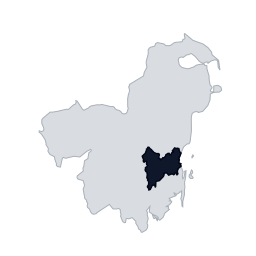 location of Anzoátegui within Venezuela, rotated 98°
{"feature_id": "VEN-40", "entity_name": "Anzoátegui", "entity_type": "State", "adm_level": 1, "iso_a3": "VEN", "parent_name": "Venezuela", "parent_adm1": "", "projection": "orthographic", "projection_center": [-64.438, 8.961], "detail": "fine", "context": "in_parent", "style": "filled", "palette": "ink", "viewbox_px": 256, "rotation_deg": 98, "n_neighbors": 0, "source": "natural_earth", "source_scale": "10m", "svg_char_len": 8218}
<svg xmlns="http://www.w3.org/2000/svg" viewBox="0 0 256 256"><g transform="rotate(98 128 128)"><path d="M226.6,95.9L229.4,99.6L229.2,100.5L227.5,101.4L226.5,103.5L224.3,104.4L221.3,107.0L219.3,107.2L216.2,111.5L217.9,114.7L217.6,116.4L218.3,117.2L221.9,117.3L222.3,118.1L221.8,119.5L221.2,120.4L216.3,123.1L214.0,122.9L213.0,123.7L209.9,124.3L209.0,125.9L209.8,128.1L210.2,131.6L206.3,135.8L216.1,146.9L217.2,147.5L218.2,150.1L217.9,151.6L216.2,153.4L213.7,154.8L212.2,157.1L210.7,157.6L208.0,157.4L206.7,158.7L205.0,159.2L203.9,160.9L194.8,163.9L190.9,163.0L186.3,165.1L185.6,170.4L184.2,171.6L182.5,171.6L176.8,166.3L174.0,167.1L172.1,166.4L166.5,166.5L163.9,163.5L158.0,163.3L155.8,161.3L154.8,161.3L154.4,161.9L156.6,165.3L163.4,171.7L163.5,177.5L166.7,185.6L166.1,188.1L168.0,188.9L176.1,189.5L176.0,192.4L175.0,193.7L173.3,193.9L169.2,196.1L166.7,196.8L165.1,201.5L163.7,202.8L162.2,204.0L159.4,204.0L155.7,207.0L154.4,207.0L151.2,208.4L146.1,212.8L144.4,215.5L143.1,215.5L143.6,213.2L143.0,211.9L141.8,211.2L140.7,211.1L139.3,211.7L135.5,214.0L131.8,214.5L129.9,213.4L123.1,207.3L122.9,205.3L121.4,200.4L117.9,191.4L118.0,189.7L112.6,185.1L111.8,183.5L109.6,182.9L108.2,183.5L108.5,182.0L115.9,175.6L116.5,174.1L113.7,170.0L112.1,168.8L111.2,167.3L109.4,162.2L108.9,158.3L108.3,157.5L109.2,148.0L108.8,145.9L109.4,144.4L110.8,143.3L111.6,141.6L111.8,139.3L112.7,137.4L114.2,136.0L114.7,134.5L114.1,132.2L112.8,131.2L108.4,130.5L107.2,131.2L99.2,132.4L95.2,132.3L92.1,131.7L89.8,131.9L87.1,133.1L85.8,132.4L84.7,132.7L74.3,119.9L70.4,119.6L65.2,117.7L61.0,119.1L59.3,119.2L51.9,118.3L47.9,118.9L46.2,118.2L45.0,117.2L43.2,113.0L40.4,112.3L39.3,110.6L39.8,103.9L41.2,102.1L40.8,99.0L40.4,97.6L36.8,93.7L35.0,86.4L32.6,85.9L31.9,84.3L31.1,84.0L29.1,84.9L27.0,85.3L26.6,84.9L32.1,76.0L34.4,65.3L37.2,60.1L40.9,56.0L43.9,54.8L48.4,47.7L57.9,45.0L55.3,47.1L49.7,48.4L48.4,49.2L48.4,51.6L50.0,55.0L52.8,57.8L51.5,58.0L52.0,60.5L53.4,62.2L53.4,63.2L52.3,66.4L47.8,71.4L45.4,75.8L47.1,78.5L47.3,79.9L50.5,83.3L50.1,84.6L51.5,87.3L53.7,87.7L58.2,86.1L60.5,83.3L61.1,77.8L60.7,75.9L58.2,71.1L56.3,69.2L54.8,65.1L54.2,61.4L55.4,60.5L55.3,58.6L58.4,58.1L65.1,55.0L69.2,54.3L73.8,52.7L75.9,50.5L76.6,50.3L79.0,51.7L80.2,51.2L80.7,50.2L80.1,48.2L74.5,48.9L73.2,44.9L74.5,41.7L77.5,40.5L79.6,42.4L80.9,48.2L82.8,51.2L88.7,50.7L94.7,52.1L101.1,56.3L102.9,60.6L102.1,61.6L102.5,63.5L103.4,65.3L104.8,66.5L108.8,66.8L122.0,64.8L133.1,64.6L135.2,65.4L135.4,67.0L139.0,70.3L149.8,73.2L154.0,72.7L163.9,67.3L169.2,67.4L170.7,66.6L168.8,65.7L164.3,65.4L163.0,66.0L162.2,64.6L168.6,64.1L174.2,64.4L178.8,63.4L182.4,63.4L186.1,62.8L193.0,63.5L198.4,62.8L197.8,63.7L193.1,64.5L190.9,65.8L186.2,65.6L183.0,66.1L184.0,66.5L184.0,67.8L184.9,68.1L186.4,69.8L186.8,71.2L185.6,73.3L186.9,73.1L187.7,72.4L187.7,70.9L188.4,71.1L191.9,77.5L193.4,75.9L194.4,76.8L194.4,74.5L195.5,74.5L198.1,76.1L200.7,79.7L200.2,76.9L202.3,76.9L202.9,75.7L207.1,79.6L211.5,80.8L214.9,83.7L214.1,85.2L212.2,85.9L211.4,86.9L210.0,91.6L208.1,95.3L202.6,95.4L207.3,98.2L209.0,97.0L211.3,96.9L214.8,95.4L219.7,96.0L221.8,94.8L224.4,94.9L226.6,95.9ZM168.9,57.0L169.4,59.0L167.9,60.7L165.9,60.8L164.3,59.7L163.4,59.9L160.7,59.3L161.5,58.2L163.5,57.7L165.0,58.9L166.3,59.0L166.6,58.0L168.3,56.5L168.9,57.0ZM213.9,90.0L210.9,91.6L210.8,90.0L213.1,88.1L214.1,89.3L213.9,90.0ZM148.6,60.4L147.8,60.8L145.6,60.0L146.0,59.4L147.2,59.4L148.6,60.4ZM214.5,87.1L212.7,87.6L213.2,86.5L215.0,85.9L215.7,86.1L214.5,87.1Z" fill="#d9dde1" stroke="#a8b0b8" stroke-width="1"/><path d="M145.4,72.0L149.2,72.8L149.8,73.1L150.4,73.2L150.5,73.3L149.4,73.0L149.1,73.0L149.5,73.3L149.8,73.5L150.5,73.5L150.8,73.4L151.0,73.3L151.5,73.2L152.0,72.9L152.3,72.8L152.6,72.7L153.4,72.9L154.5,72.9L155.1,72.9L155.5,72.6L155.7,72.4L155.8,72.2L156.0,71.6L156.0,71.4L155.9,71.0L156.0,70.8L156.2,71.0L156.4,71.0L156.6,71.0L156.4,71.2L156.4,71.4L156.7,71.4L156.9,71.2L156.7,71.1L156.9,71.0L157.3,70.5L157.5,70.4L157.9,70.3L158.1,70.3L158.0,70.5L158.2,70.4L158.3,70.4L158.4,70.6L158.5,70.5L158.6,70.4L158.9,70.7L159.0,70.8L159.3,71.0L159.9,71.2L160.0,71.3L160.1,71.5L160.1,71.9L160.2,72.0L160.3,72.1L160.5,72.2L160.7,72.3L160.9,72.5L161.4,72.8L161.5,72.8L162.0,72.7L162.3,72.7L162.7,73.0L162.8,73.1L163.0,73.2L163.5,73.1L164.4,73.0L165.3,72.8L165.8,72.5L166.0,72.3L166.3,72.3L167.0,72.5L167.5,73.0L167.4,73.1L167.0,73.3L166.9,73.3L166.5,73.3L166.2,73.3L165.9,73.4L165.8,73.5L165.8,74.7L165.8,74.8L165.9,75.0L166.1,75.2L166.3,75.2L166.6,75.2L166.8,75.2L166.9,75.3L166.9,75.5L167.0,75.6L167.3,75.7L167.5,75.8L167.8,76.1L167.9,76.3L167.8,76.5L167.6,76.6L167.5,76.8L167.5,77.1L167.5,77.3L167.3,77.6L167.2,77.8L167.3,77.9L167.4,78.2L167.5,78.4L167.4,78.5L167.6,78.8L169.0,81.1L168.9,81.3L167.2,83.1L167.2,83.8L167.1,84.5L167.3,84.9L167.9,85.4L168.0,85.6L168.1,86.3L168.3,86.4L168.5,86.3L169.0,86.1L169.2,85.9L169.5,86.0L169.8,86.0L170.0,85.9L170.3,85.9L171.5,86.7L171.8,86.8L172.1,86.8L172.4,87.1L172.6,87.3L172.7,87.6L172.8,87.7L173.1,87.8L173.4,87.9L174.1,88.4L174.2,88.5L174.3,88.7L174.4,88.8L174.6,88.9L175.0,89.1L175.5,89.3L175.7,89.6L176.2,90.7L176.7,92.4L176.8,92.5L177.0,92.6L177.3,92.8L177.7,92.9L182.1,92.5L182.5,92.6L182.5,92.9L182.4,93.0L182.2,93.1L181.7,93.0L181.4,93.1L181.3,93.4L180.9,93.8L181.0,95.0L181.1,95.3L181.2,95.6L181.5,95.9L181.7,96.1L182.0,96.2L185.7,97.4L185.7,97.5L185.6,97.8L185.6,98.0L186.3,98.4L186.4,98.5L186.5,98.7L186.4,98.8L186.2,98.9L185.6,98.8L185.4,98.8L185.0,99.1L184.7,99.4L184.6,99.5L184.4,99.9L184.3,100.0L184.1,100.2L183.6,100.5L183.2,100.6L182.8,100.5L182.4,100.3L182.2,99.9L180.7,99.8L179.9,99.8L179.2,99.9L178.4,100.1L178.0,100.3L177.7,100.5L177.1,101.2L176.8,101.4L176.1,101.2L175.8,101.3L175.5,101.4L175.4,101.6L175.1,102.0L174.9,102.2L174.7,102.4L174.4,102.4L173.6,102.4L172.6,102.4L172.3,102.4L172.0,102.3L171.8,102.2L171.5,102.3L171.3,102.4L170.8,102.7L170.6,102.8L170.4,102.8L170.1,102.8L169.8,102.7L169.6,102.7L169.3,102.8L169.2,103.0L168.7,103.9L168.6,104.3L168.3,104.5L167.9,104.6L167.6,104.8L167.5,105.0L167.3,105.1L167.2,105.1L166.7,105.2L166.1,105.0L165.8,105.0L165.4,105.1L165.1,105.2L164.9,105.2L164.7,105.1L164.6,104.7L164.4,104.6L164.2,104.5L163.3,103.6L163.0,103.4L162.7,103.4L162.2,103.5L161.9,103.9L161.8,104.2L161.6,104.4L161.4,104.5L160.2,104.8L159.1,104.7L158.9,104.7L158.7,104.9L158.6,105.1L158.4,105.8L158.5,106.3L158.8,106.5L159.2,106.8L159.5,107.1L159.5,107.5L159.3,107.9L158.9,108.1L158.4,108.3L158.2,108.3L157.4,108.1L157.1,108.2L156.9,108.3L156.1,108.8L155.3,109.2L154.4,109.8L154.1,109.8L153.8,109.9L153.6,109.8L153.4,109.6L153.1,109.2L152.7,109.0L151.7,108.2L151.0,107.6L150.1,107.2L149.7,107.1L148.8,107.0L147.9,106.7L147.5,106.6L147.1,106.6L146.3,106.7L146.1,106.2L145.8,105.9L145.5,105.8L145.1,105.8L144.6,105.8L144.4,105.7L144.2,105.2L144.2,104.8L144.3,104.5L144.4,104.3L144.7,104.1L144.9,103.9L145.0,103.8L145.7,102.9L145.9,102.4L146.0,102.2L146.2,101.8L147.1,100.9L147.3,100.7L147.7,100.0L147.8,99.8L148.4,99.3L148.6,99.0L148.9,98.1L149.0,97.6L149.1,97.4L149.2,97.1L149.4,96.2L149.4,95.8L149.4,95.5L149.4,95.4L149.2,95.0L149.1,94.8L149.2,94.2L149.5,93.5L149.6,93.4L150.1,93.3L150.4,93.2L150.5,93.2L151.1,93.4L151.6,93.4L152.6,93.4L152.8,93.3L153.0,93.3L153.3,93.3L153.6,93.4L153.8,93.4L153.9,93.2L154.0,92.9L154.0,92.7L153.9,92.3L153.9,92.2L154.0,92.1L154.2,91.8L154.4,91.6L154.9,91.3L154.6,90.9L154.5,90.7L154.2,90.5L154.0,90.3L153.7,90.0L153.4,89.7L153.2,89.6L152.7,89.5L152.6,89.4L152.6,89.2L152.6,88.7L152.4,88.2L152.2,87.9L151.8,87.6L151.4,87.5L151.3,87.4L150.9,87.0L150.7,86.9L150.4,86.8L149.5,86.8L149.4,86.8L149.2,86.7L148.8,86.2L148.6,86.0L148.4,85.8L148.3,85.6L148.2,85.4L147.9,85.3L147.8,85.2L147.7,85.0L147.7,84.6L147.5,84.2L147.4,84.1L147.4,83.9L147.4,83.7L147.7,83.5L148.4,83.1L148.5,83.0L148.6,82.8L148.7,82.7L148.6,82.1L148.5,81.8L148.4,81.7L148.0,81.6L147.5,81.5L146.7,81.3L146.4,81.1L146.2,81.0L146.1,80.9L145.9,80.7L145.3,79.5L145.1,79.6L144.4,80.8L141.3,79.1L141.2,79.0L141.2,78.9L141.2,78.7L141.6,78.3L141.7,78.1L141.7,77.7L141.6,77.3L141.3,76.8L141.2,76.5L141.2,76.1L141.3,74.9L141.7,74.6L141.8,74.5L142.0,74.5L142.4,74.4L142.5,74.4L143.1,74.2L143.3,74.1L143.5,74.0L143.9,73.6L144.1,73.5L144.4,73.4L144.8,73.1L145.0,73.0L145.2,72.8L145.4,72.0Z" fill="#0f172a" stroke="#020617" stroke-width="1.5"/></g></svg>